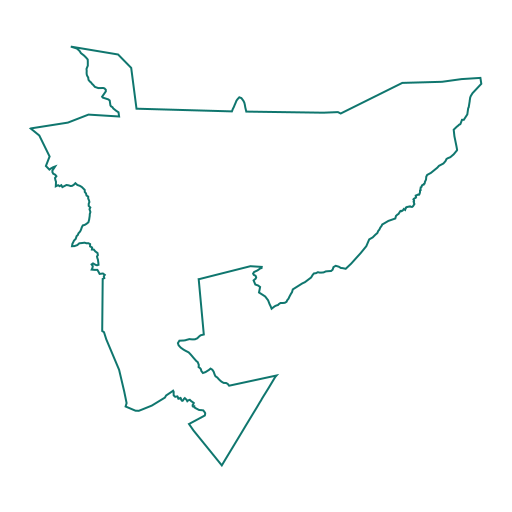 San Andrés Cabecera Nueva, Oaxaca, Mexico (Mercator projection)
{"feature_id": "50627088B54059614854517", "entity_name": "San Andrés Cabecera Nueva", "entity_type": "district", "adm_level": 2, "iso_a3": "MEX", "parent_name": "Mexico", "parent_adm1": "Oaxaca", "projection": "mercator", "projection_center": [-97.793, 16.825], "detail": "fine", "context": "isolated", "style": "outline", "palette": "teal", "viewbox_px": 512, "rotation_deg": 0, "n_neighbors": 0, "source": "geoboundaries", "source_scale": "gbopen_adm2", "svg_char_len": 5769}
<svg xmlns="http://www.w3.org/2000/svg" viewBox="0 0 512 512"><path d="M135.5,410.7L138.8,410.8L141.4,409.8L151.8,405.6L164.9,397.6L166.1,395.5L172.2,391.4L173.1,390.7L173.7,391.9L173.6,393.3L173.7,395.4L174.4,396.1L175.2,396.8L177.4,396.4L178.0,397.4L178.2,398.6L178.8,398.8L179.9,398.1L180.5,397.9L180.9,398.4L180.9,399.1L181.3,399.8L181.9,400.7L182.6,400.8L183.2,400.1L183.6,399.4L184.1,398.7L184.8,398.1L185.3,398.7L186.1,399.3L186.7,400.1L187.3,401.2L188.3,400.3L189.0,400.1L189.8,399.8L190.8,400.8L191.7,401.5L192.9,402.3L193.8,403.0L193.3,404.1L192.7,404.9L192.6,406.0L193.1,406.6L194.3,406.3L194.4,407.1L194.6,407.6L195.5,408.0L196.3,408.6L197.5,409.1L198.6,409.8L199.5,410.0L200.5,410.1L201.3,410.1L201.8,410.2L203.3,410.4L203.9,411.2L204.3,411.8L204.7,412.2L205.2,413.2L205.1,414.3L204.8,415.5L189.0,424.0L193.5,430.5L221.8,465.4L225.2,459.7L239.3,436.4L242.2,431.6L245.6,425.9L249.0,420.3L253.9,412.2L254.4,411.4L256.9,407.3L259.9,402.2L261.0,400.5L261.9,398.8L264.1,395.2L264.7,394.3L268.6,388.0L275.2,377.0L276.5,375.5L229.1,385.7L227.7,383.9L226.1,383.0L223.6,382.9L221.4,381.6L219.9,380.3L218.7,379.1L217.3,377.5L215.5,376.3L214.7,374.7L213.6,371.6L212.3,369.7L210.5,368.6L209.0,369.9L205.5,372.1L202.9,373.0L201.3,370.9L200.9,369.2L199.9,368.0L198.6,367.1L198.8,364.9L197.7,362.1L196.4,361.1L194.1,358.5L192.8,357.0L192.5,356.6L190.7,354.5L188.7,352.4L185.4,350.7L183.5,349.6L180.7,347.6L178.6,345.3L177.9,343.1L179.4,340.7L183.6,340.5L185.2,340.3L186.8,339.8L187.6,339.6L189.4,339.1L191.2,339.3L192.9,339.4L195.0,339.3L197.3,338.3L199.1,336.5L200.6,335.3L203.8,334.5L198.7,279.2L198.9,279.2L250.4,266.2L261.7,266.9L261.5,268.1L260.6,268.2L257.5,270.4L254.1,272.0L253.1,273.6L253.8,274.9L255.5,275.7L256.2,277.3L255.7,278.6L253.6,280.4L255.3,284.5L258.1,285.5L260.1,287.0L259.0,292.5L263.4,295.3L265.2,296.5L268.1,300.3L269.1,302.9L269.7,304.4L270.6,306.2L271.6,308.7L272.6,307.9L274.7,306.3L276.3,305.5L278.0,305.0L278.7,304.2L280.5,303.0L282.8,303.0L284.8,302.8L286.5,301.8L287.3,300.1L288.5,298.7L289.4,296.7L290.9,293.9L292.0,292.2L292.8,289.4L302.3,283.4L304.9,282.2L308.2,279.7L311.1,277.5L312.8,274.7L314.0,273.4L315.9,273.2L316.1,273.1L317.9,272.2L319.6,272.6L321.3,272.6L323.6,272.4L325.8,271.4L328.0,271.2L331.1,271.0L332.6,269.7L333.5,267.1L335.7,265.8L338.8,266.7L340.9,268.0L342.4,268.1L344.9,268.6L345.7,268.8L351.1,263.7L356.4,257.8L360.5,253.3L366.3,246.2L369.2,239.4L372.7,237.4L375.5,234.6L377.3,233.1L378.3,230.8L379.3,229.7L380.3,227.6L381.7,225.7L382.2,224.5L383.8,223.6L388.4,220.9L395.3,218.5L396.0,215.9L396.8,215.2L397.5,214.5L398.4,214.1L399.3,212.7L400.3,211.1L401.0,210.8L401.4,211.2L402.5,210.7L403.2,209.9L403.8,209.0L404.2,209.3L405.1,209.9L405.3,209.1L405.8,208.5L405.8,207.6L406.4,207.3L407.1,206.9L407.5,207.0L408.7,206.6L409.3,206.7L410.0,206.3L411.1,206.9L412.2,206.9L413.1,206.1L414.4,204.0L413.9,203.0L414.0,202.3L413.7,202.0L413.6,201.6L414.1,200.9L414.0,200.3L413.4,199.5L413.7,198.9L415.0,198.1L415.7,197.8L416.1,197.1L415.8,196.4L415.7,195.6L416.9,195.1L418.2,194.5L418.9,194.8L419.3,194.4L419.7,193.4L420.0,192.2L420.0,191.2L420.0,190.4L420.6,190.2L420.6,189.0L420.5,188.5L420.6,188.3L420.7,187.8L420.7,187.4L421.3,187.1L421.6,186.8L421.9,185.5L422.5,185.0L423.7,184.6L423.8,184.0L424.4,183.8L424.8,182.9L424.9,181.9L426.0,179.6L426.3,176.5L426.7,175.9L427.2,174.9L430.9,172.9L437.3,167.7L439.0,165.8L440.0,165.3L443.4,163.5L445.5,161.1L446.5,159.0L447.8,158.2L450.3,157.2L453.7,154.3L457.0,150.3L457.1,149.9L456.5,146.5L454.4,136.2L453.7,129.7L456.8,126.7L458.1,125.7L459.1,124.7L460.3,124.2L460.7,123.3L462.0,119.8L463.6,119.8L463.8,119.8L467.3,114.4L468.2,108.2L468.7,107.3L469.7,101.1L469.7,100.7L469.9,99.5L470.2,97.5L470.8,96.0L472.5,93.2L481.3,83.8L480.4,77.9L461.5,79.1L442.0,81.8L402.3,82.9L340.7,113.5L337.9,112.1L323.4,112.7L246.3,111.6L245.3,107.5L244.8,104.6L244.3,102.6L243.4,100.8L241.4,98.1L239.3,97.3L237.7,99.0L236.5,100.6L235.4,103.3L234.6,105.1L233.8,107.1L232.9,108.8L231.9,111.4L143.8,108.9L136.5,108.7L131.2,67.9L118.1,54.5L70.8,46.6L76.8,48.5L77.9,49.4L79.7,51.1L80.9,53.1L82.8,54.6L83.5,55.1L84.3,55.8L86.0,57.5L86.7,58.3L87.7,59.5L87.8,61.3L87.8,63.7L87.8,65.7L86.5,68.9L86.7,70.9L86.6,73.0L86.8,74.8L87.4,76.2L88.2,77.5L88.4,79.2L88.7,80.2L89.2,80.7L90.0,81.7L91.0,82.4L91.9,83.7L93.3,85.0L94.9,86.9L98.3,88.1L103.2,88.0L104.5,88.4L105.8,89.8L105.8,91.4L102.1,96.7L102.8,97.6L108.3,99.4L109.7,100.5L110.4,105.3L111.0,106.3L112.5,107.2L113.2,108.4L116.2,110.8L118.5,112.3L119.1,116.5L88.5,114.6L67.9,122.6L30.9,128.4L30.7,128.5L39.3,135.5L49.6,156.5L45.9,166.0L49.4,169.6L51.0,168.4L53.2,167.2L55.1,166.5L53.8,168.5L52.4,170.5L52.4,172.1L53.2,173.7L55.2,174.7L56.4,176.2L55.0,178.0L55.4,180.0L56.0,181.8L55.9,184.1L55.8,186.3L58.1,185.2L59.6,186.2L61.3,185.2L62.4,187.1L64.5,186.0L66.5,185.0L68.8,185.4L70.5,186.0L72.0,185.9L73.8,184.8L75.4,183.2L77.4,185.0L79.8,185.8L81.8,187.0L84.7,189.9L84.8,192.0L86.0,193.4L86.5,195.5L88.2,196.6L88.2,198.5L89.0,200.4L89.4,202.0L88.7,203.8L88.7,205.9L90.3,207.5L89.5,209.2L90.4,212.0L89.8,214.0L89.7,216.0L89.1,219.8L88.4,222.3L86.4,223.9L84.7,224.9L82.8,225.4L81.8,227.3L81.0,229.7L80.1,231.5L78.4,233.4L77.9,234.9L76.6,236.1L75.7,238.9L74.0,240.6L73.3,242.1L72.4,243.8L72.2,245.1L72.0,246.2L74.4,246.1L77.3,245.1L79.3,243.3L81.3,243.1L84.6,242.7L86.6,243.3L88.3,243.2L90.1,244.1L90.1,246.4L92.1,247.5L91.9,249.5L93.7,249.5L95.3,251.4L97.5,253.0L97.9,255.1L97.0,256.4L97.3,257.9L97.9,259.6L98.3,262.4L98.5,264.8L97.0,265.3L95.5,264.8L93.0,263.4L91.6,264.4L92.8,266.1L92.4,268.0L91.7,269.6L94.9,269.9L97.4,269.9L98.3,271.4L99.6,273.9L102.9,273.5L104.8,274.9L103.8,276.3L104.3,278.1L102.7,278.9L102.2,331.0L104.0,332.2L106.3,339.4L119.1,369.8L124.2,391.4L126.6,403.1L125.6,406.5L135.5,410.7Z" fill="none" stroke="#0f766e" stroke-width="2"/></svg>